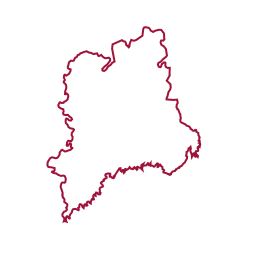 West Mamprusi Municipal, Northern, Ghana, rotated 9°
{"feature_id": "2480657B90334619080238", "entity_name": "West Mamprusi Municipal", "entity_type": "district", "adm_level": 2, "iso_a3": "GHA", "parent_name": "Ghana", "parent_adm1": "Northern", "projection": "natural_earth1", "projection_center": [-0.789, 10.298], "detail": "fine", "context": "isolated", "style": "outline", "palette": "rose", "viewbox_px": 256, "rotation_deg": 9, "n_neighbors": 0, "source": "geoboundaries", "source_scale": "gbopen_adm2", "svg_char_len": 5828}
<svg xmlns="http://www.w3.org/2000/svg" viewBox="0 0 256 256"><g transform="rotate(9 128 128)"><path d="M60.9,70.5L59.4,72.5L59.3,75.3L58.9,77.1L59.3,78.2L59.9,78.7L62.1,79.0L62.3,80.7L61.3,83.7L58.8,86.0L57.3,85.2L57.0,85.4L56.7,85.9L56.7,88.2L58.1,90.2L58.1,90.8L57.3,92.0L57.4,93.0L59.8,94.8L60.5,96.5L60.8,98.5L60.2,101.6L60.5,104.4L61.2,104.4L61.4,103.8L62.1,103.4L63.7,104.7L64.1,106.1L63.8,109.4L62.1,111.4L60.9,112.0L60.4,113.2L58.4,113.7L56.9,113.2L56.4,113.6L55.6,116.1L55.7,116.8L56.6,118.3L59.1,119.3L61.2,119.6L61.8,121.7L61.5,123.5L62.3,124.8L64.4,125.0L66.6,124.4L68.6,126.0L70.3,126.7L71.4,128.1L70.5,129.6L69.2,129.7L68.3,129.5L66.9,128.4L65.6,128.3L65.2,129.3L65.5,132.1L66.0,132.9L68.0,134.5L68.7,136.0L69.3,136.5L71.0,137.3L74.0,137.4L74.9,138.1L74.7,139.1L73.5,141.2L73.3,142.5L73.4,143.8L74.7,145.5L74.9,148.2L74.0,149.8L70.8,150.0L70.1,151.7L70.1,154.6L70.6,155.1L71.6,154.9L72.9,152.2L73.7,152.1L74.4,153.1L74.5,155.7L75.0,156.3L76.1,156.3L76.2,156.6L74.9,158.3L69.9,161.0L69.2,161.0L66.5,159.9L65.7,160.3L64.3,163.0L64.7,164.7L63.3,168.1L61.5,169.2L57.5,168.8L55.8,170.1L54.1,174.0L54.1,176.3L54.2,177.3L55.2,178.8L55.7,179.0L58.6,178.8L61.8,179.1L62.1,181.5L61.7,182.1L59.9,182.9L59.8,183.5L61.9,184.1L64.4,184.1L66.1,185.1L69.3,185.8L72.0,185.0L73.1,185.5L74.2,187.2L74.6,188.7L74.5,191.4L73.8,192.0L72.2,192.0L71.2,192.5L70.8,193.6L70.6,195.9L70.9,197.2L73.5,202.0L74.1,205.9L75.4,207.3L74.4,206.5L74.6,207.0L75.8,207.7L76.5,208.7L76.6,211.0L79.7,212.6L80.2,213.6L80.1,215.2L79.3,216.4L80.4,217.8L80.3,218.7L79.4,219.9L77.8,220.8L76.6,223.5L77.2,225.3L78.9,226.7L79.5,227.9L79.2,230.3L80.2,229.8L81.9,230.1L81.0,228.6L80.9,227.8L80.9,225.6L81.5,224.7L82.1,224.8L83.6,226.4L84.5,226.6L84.7,226.1L84.0,225.0L84.0,224.2L84.5,222.3L85.6,220.5L86.0,217.6L86.6,216.7L88.8,216.1L92.0,216.9L92.2,216.2L91.3,214.6L92.3,213.6L92.0,211.6L92.6,210.7L94.2,211.0L95.5,213.2L96.7,214.0L96.7,211.6L97.2,210.2L97.7,210.1L98.0,211.0L98.9,211.3L100.1,210.8L100.5,210.3L99.4,210.8L99.0,210.4L99.1,208.0L99.5,207.2L100.8,206.8L101.7,208.0L103.1,208.4L102.8,207.0L103.3,204.2L103.8,203.6L104.5,204.2L105.5,203.8L104.3,201.2L104.4,199.8L105.0,199.0L105.9,199.8L106.6,200.0L106.3,199.0L106.5,196.8L107.5,196.7L109.0,198.2L110.8,197.9L111.0,196.3L110.0,196.0L110.1,194.3L109.5,193.0L109.5,192.1L109.9,191.3L112.3,189.8L112.4,189.4L111.8,188.3L109.9,186.8L109.8,186.4L110.3,185.6L112.4,184.0L112.5,183.3L112.0,183.1L112.8,181.8L114.6,180.9L114.6,179.8L114.2,179.3L113.5,179.1L112.9,178.1L113.3,177.0L115.5,176.0L117.6,175.9L117.8,176.9L117.3,177.8L117.6,178.9L118.7,178.7L120.1,179.7L121.5,179.9L121.9,179.4L121.4,178.9L121.4,178.0L121.7,177.6L122.4,177.8L122.7,176.2L125.8,169.2L126.9,168.9L127.3,171.3L128.3,172.0L128.6,171.0L129.6,170.2L130.0,170.2L130.7,170.9L130.1,171.8L130.9,173.1L131.7,171.9L131.7,168.9L132.2,168.8L133.1,169.7L135.0,168.1L135.7,166.4L137.2,167.7L139.2,168.0L139.9,167.4L139.7,166.3L140.5,165.7L143.3,167.9L143.7,167.2L142.4,165.8L143.5,164.8L145.3,165.5L146.4,165.3L148.7,167.0L147.8,164.6L148.4,164.4L148.5,163.5L148.2,163.1L147.1,163.2L147.1,162.4L148.9,160.8L148.7,161.7L149.0,162.8L151.8,162.1L153.1,159.6L153.5,159.7L153.4,160.7L154.1,161.4L155.1,160.9L155.8,159.3L156.2,161.8L157.7,161.3L159.7,162.2L160.6,161.4L160.9,160.4L161.6,159.8L162.1,158.6L163.0,158.4L163.5,158.7L163.5,159.2L163.0,159.7L163.3,161.9L164.0,161.6L164.7,159.6L165.6,159.1L166.1,159.6L166.0,160.2L168.0,161.0L168.5,163.2L169.8,163.6L170.3,164.1L169.7,165.6L170.0,166.3L173.5,166.7L174.1,167.1L175.6,167.1L175.7,167.5L176.6,167.8L177.7,167.0L177.5,166.2L178.9,164.0L181.2,163.0L181.6,161.5L182.2,161.5L183.2,160.1L184.6,159.3L184.7,158.8L185.1,159.0L185.5,157.8L186.8,157.2L188.1,154.7L189.4,153.3L191.0,148.9L190.9,146.9L189.8,146.5L189.6,146.0L189.9,144.4L189.6,142.5L190.3,142.1L191.1,140.0L191.0,138.6L191.8,138.4L192.7,136.9L193.3,138.5L193.1,140.8L195.3,144.7L195.7,146.5L196.3,145.0L196.4,143.0L197.7,142.4L197.4,144.3L198.1,143.9L197.9,144.7L198.8,145.7L199.2,145.8L199.3,145.1L200.5,144.6L201.4,145.5L201.5,144.6L199.5,143.2L198.5,141.1L198.7,140.3L200.6,139.9L200.9,139.3L200.4,137.4L199.9,137.1L199.9,136.0L201.7,135.8L201.1,134.4L201.6,133.7L201.6,132.9L201.9,133.1L201.9,132.8L201.6,132.1L200.8,131.8L201.1,131.6L201.0,130.3L200.7,130.4L199.8,129.6L200.4,129.1L200.0,127.7L200.3,126.5L199.9,126.1L199.8,125.2L198.8,124.4L198.2,121.9L196.2,121.1L195.7,119.5L194.8,119.8L194.5,119.5L193.6,120.5L192.2,120.4L190.9,119.3L189.9,119.1L189.5,118.1L188.3,117.0L185.3,116.4L184.3,115.5L179.8,114.2L178.8,113.5L178.3,111.3L178.7,110.4L177.7,107.4L177.6,106.3L176.9,105.8L174.9,102.2L174.3,101.6L173.8,101.7L173.5,100.8L172.6,99.9L172.5,97.5L173.2,95.3L172.0,92.3L168.3,93.2L161.6,93.7L161.5,92.2L162.0,90.6L162.4,86.0L163.5,83.7L163.9,81.6L163.1,78.2L158.9,75.2L161.0,69.4L160.7,68.9L159.8,62.0L157.9,62.4L156.2,62.0L155.1,60.7L154.8,57.8L154.1,57.4L153.2,57.6L151.4,59.6L151.0,62.3L150.4,62.9L148.9,62.7L147.6,60.8L147.9,58.9L150.0,57.4L151.5,55.0L154.7,51.4L155.1,50.2L153.1,44.1L150.6,41.7L148.1,40.7L147.1,39.2L146.8,37.7L147.1,36.4L149.3,36.1L150.1,34.5L149.5,33.0L149.0,29.8L148.6,28.8L145.5,25.9L143.8,26.0L142.4,26.5L139.6,27.7L137.8,29.2L135.2,28.2L133.7,26.4L132.7,25.8L129.4,25.7L128.2,26.2L127.6,27.6L127.8,34.6L122.3,39.8L120.9,40.6L119.8,40.9L117.4,40.5L116.5,44.6L116.6,47.3L116.1,48.2L115.0,47.4L114.8,46.7L114.2,46.8L113.3,46.4L112.7,44.6L111.7,43.2L109.4,42.9L108.3,42.2L99.7,47.8L99.9,52.1L104.3,64.4L102.0,66.3L101.4,67.8L98.6,70.7L97.6,73.1L96.6,74.5L95.4,75.4L93.8,75.2L93.4,73.6L95.4,70.8L97.6,68.4L99.8,64.3L99.5,62.5L98.1,61.5L95.8,62.4L94.2,62.6L92.0,61.6L90.1,60.0L88.3,61.4L87.4,61.4L85.8,59.1L82.3,60.4L79.5,59.5L78.0,59.7L75.2,58.7L72.2,60.0L70.5,61.2L69.3,61.6L68.5,63.1L66.9,63.8L66.4,65.8L64.8,66.9L63.9,69.9L62.7,70.4L60.9,70.5Z" fill="none" stroke="#9f1239" stroke-width="2"/></g></svg>